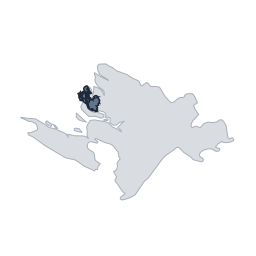 location of Patuakhali, Barisal, Bangladesh, rotated 128°
{"feature_id": "16705992B49808088196813", "entity_name": "Patuakhali", "entity_type": "district", "adm_level": 2, "iso_a3": "BGD", "parent_name": "Bangladesh", "parent_adm1": "Barisal", "projection": "orthographic", "projection_center": [90.354, 22.181], "detail": "fine", "context": "in_parent", "style": "filled", "palette": "slate", "viewbox_px": 256, "rotation_deg": 128, "n_neighbors": 0, "source": "geoboundaries", "source_scale": "gbopen_adm2", "svg_char_len": 9439}
<svg xmlns="http://www.w3.org/2000/svg" viewBox="0 0 256 256"><g transform="rotate(128 128 128)"><path d="M90.0,178.1L90.0,172.4L86.3,161.1L86.5,159.9L85.8,154.4L84.9,151.4L84.4,148.2L86.7,143.7L85.8,142.9L80.9,141.4L80.3,140.2L81.4,135.7L77.9,131.4L76.5,128.2L80.4,117.9L81.5,110.8L81.2,109.4L78.9,107.7L74.8,107.0L71.9,105.7L70.2,103.6L68.8,102.8L67.0,103.4L64.7,102.5L62.9,100.5L61.3,98.0L62.0,95.4L65.1,89.1L66.2,88.9L68.8,90.1L69.7,90.2L71.5,87.7L73.9,80.6L82.2,81.3L84.2,81.1L86.3,80.5L87.4,79.6L88.1,78.5L87.9,77.5L85.3,76.1L84.4,75.1L83.7,72.3L82.9,71.2L78.0,71.0L75.4,69.6L74.0,68.5L71.5,64.5L68.4,61.6L65.5,60.9L64.3,59.9L63.7,58.5L64.1,56.3L65.7,52.2L74.0,43.5L74.2,42.5L74.0,41.4L71.6,39.9L71.4,39.2L72.1,37.4L73.5,37.2L76.3,38.9L79.1,41.6L80.8,44.1L80.8,46.0L83.0,46.4L84.9,47.3L86.8,47.1L88.1,47.5L88.9,47.4L89.2,46.3L87.7,43.5L88.4,42.3L90.3,42.4L91.7,43.5L92.6,45.6L92.8,48.9L95.0,52.0L97.9,54.1L100.1,55.2L102.9,55.9L105.2,55.2L106.4,53.1L105.9,51.2L106.3,49.5L107.2,48.6L108.7,48.7L109.8,50.0L112.9,57.2L112.3,60.4L112.9,69.2L112.1,75.0L112.6,77.2L113.1,77.6L118.0,78.7L125.0,81.0L130.4,81.9L154.7,81.2L160.0,82.3L176.2,81.2L180.7,83.0L185.5,86.0L188.2,88.2L188.7,89.4L188.5,90.5L187.6,91.2L185.9,91.2L182.1,89.8L181.4,90.2L181.4,93.7L178.4,102.4L178.0,105.2L176.9,106.2L173.7,106.8L171.6,111.9L170.8,112.5L168.6,111.5L167.3,111.6L165.7,112.1L164.0,113.3L162.9,114.8L161.6,115.3L157.0,115.2L156.2,117.6L153.2,120.7L151.2,128.9L151.3,131.4L153.9,137.9L155.8,146.3L156.4,147.2L157.3,147.3L157.3,143.4L158.2,142.9L159.2,143.3L161.4,148.5L162.7,149.8L164.6,150.2L166.8,149.4L168.4,147.8L169.0,146.2L168.4,140.5L169.4,138.2L173.1,134.7L173.6,133.6L173.3,127.9L174.7,127.7L176.6,128.1L179.0,126.7L179.7,126.7L180.7,128.2L182.4,127.9L185.1,139.2L185.4,147.1L186.1,151.6L187.0,152.6L190.0,159.2L193.0,182.6L193.5,197.4L194.7,202.5L193.8,203.6L192.9,203.9L192.0,202.1L185.8,198.4L184.3,198.8L182.3,201.0L181.4,203.1L181.8,205.9L182.5,208.7L184.0,210.3L184.2,212.1L185.9,218.8L185.4,218.8L182.0,212.8L177.9,206.8L176.4,196.1L176.3,190.8L173.5,184.6L170.8,173.8L171.9,169.9L169.9,171.6L166.9,165.1L162.1,158.8L160.7,156.0L160.6,153.2L158.6,156.0L155.8,158.0L153.0,160.9L151.1,161.8L145.1,162.4L141.7,158.5L136.7,148.9L136.0,146.7L136.7,141.1L135.5,135.8L135.2,131.1L134.3,131.5L133.9,132.8L134.1,134.8L133.8,136.5L125.5,135.4L129.0,138.2L132.8,138.8L134.8,141.3L134.9,145.5L131.2,148.0L131.5,150.1L133.7,152.7L131.1,153.4L130.3,155.1L130.3,157.5L132.1,161.2L131.8,162.7L135.0,167.5L135.6,169.8L134.8,173.0L128.0,179.7L126.0,184.3L124.3,186.5L122.2,186.9L119.7,184.7L119.7,182.4L120.2,180.6L123.7,176.2L121.8,176.8L116.3,180.4L115.2,177.5L114.6,174.8L114.6,171.5L117.2,166.5L114.2,169.0L113.4,172.1L113.7,175.7L113.3,178.3L112.1,181.7L110.5,183.7L107.9,185.0L106.7,187.0L105.0,188.4L104.4,181.6L102.6,172.4L102.2,174.4L103.1,180.1L103.0,183.8L101.6,186.7L98.7,189.8L96.5,190.3L95.2,189.8L91.2,185.0L90.8,180.5L90.0,178.1ZM140.3,178.3L135.2,179.5L132.6,179.1L137.4,170.9L137.3,167.2L136.5,164.2L134.1,161.7L133.9,160.0L132.8,157.7L132.3,154.9L135.0,154.0L137.2,155.6L138.0,158.7L139.1,161.1L142.9,165.9L142.8,168.9L141.8,176.1L140.3,178.3ZM151.2,175.6L148.1,177.8L149.0,164.8L151.3,169.6L151.9,172.2L151.2,175.6ZM162.9,169.0L161.6,169.9L160.3,169.1L158.7,166.1L159.5,162.2L159.9,161.7L161.9,165.6L162.9,169.0ZM174.6,196.4L172.9,196.6L172.0,195.6L172.4,194.3L171.9,190.1L174.1,189.7L175.0,193.2L174.6,196.4ZM172.6,184.6L171.3,188.8L170.7,186.9L171.6,183.3L172.6,184.6ZM136.3,150.9L136.8,152.2L134.0,150.5L133.2,149.2L134.5,148.6L136.3,150.9Z" fill="#d9dde1" stroke="#a8b0b8" stroke-width="1"/><path d="M121.9,182.0L122.3,181.7L122.7,181.9L123.9,181.6L124.2,181.8L125.1,182.6L125.3,181.9L125.9,181.4L125.5,180.5L126.0,181.4L126.3,181.4L126.6,181.7L127.3,179.7L127.7,179.2L128.2,179.0L128.6,178.6L128.5,177.6L128.9,176.9L129.2,176.5L129.2,176.0L129.3,175.7L130.4,175.2L130.2,175.5L129.4,175.8L129.4,176.7L128.9,177.4L129.0,178.4L130.2,178.7L131.2,177.7L132.1,176.3L131.7,174.7L132.2,174.4L131.8,174.7L132.1,175.7L132.3,175.9L132.7,175.6L133.2,174.5L134.8,172.9L135.6,171.0L135.5,171.4L136.0,171.3L135.6,171.9L135.6,172.5L136.1,172.1L136.4,171.5L136.4,171.3L136.9,171.2L136.8,169.1L136.4,169.2L136.3,168.2L136.0,167.8L135.7,167.1L136.3,168.0L136.4,166.9L135.6,166.2L135.0,167.1L134.8,167.6L134.9,167.8L135.6,168.4L135.3,168.5L134.7,167.8L134.8,167.0L135.2,166.1L135.0,165.8L134.7,165.2L135.0,165.9L135.3,166.1L135.4,165.8L135.1,165.1L134.7,164.6L134.6,164.4L134.8,164.7L134.4,164.1L133.3,163.4L132.6,163.6L132.6,163.8L133.0,163.8L133.0,164.0L132.5,164.4L132.2,164.0L131.5,164.4L130.9,164.3L130.4,165.2L130.4,166.1L130.1,166.7L129.6,166.0L129.0,165.9L128.2,165.3L127.4,166.4L126.8,166.0L126.6,166.3L126.2,166.3L126.0,166.5L125.8,166.3L125.6,166.4L125.6,166.2L125.3,166.7L124.1,167.0L124.2,167.3L123.8,168.0L123.3,168.1L123.1,168.7L123.1,169.6L122.9,169.8L122.9,170.2L122.8,170.5L122.5,170.5L122.8,171.0L121.7,170.4L122.0,171.0L122.2,170.9L122.3,171.1L122.2,171.4L121.9,171.3L121.9,172.6L122.2,172.8L122.3,173.3L122.9,173.8L124.2,174.3L124.4,174.0L124.2,173.8L124.5,173.6L124.8,172.9L126.1,173.1L126.0,173.4L125.9,173.3L126.0,173.8L126.1,173.7L126.5,173.5L127.4,172.9L127.2,173.5L127.8,173.9L128.1,173.9L128.1,174.3L128.0,174.7L127.8,174.7L127.9,175.0L128.5,175.0L127.4,176.0L127.5,176.8L127.7,177.7L127.3,177.8L127.2,178.5L127.1,178.2L126.8,178.3L126.9,178.6L126.3,178.8L126.0,179.2L125.8,179.1L126.1,179.4L125.8,179.5L125.7,180.2L125.0,180.1L124.8,180.5L124.6,180.1L124.1,180.1L124.6,179.8L124.2,179.7L124.4,179.3L124.0,179.2L123.8,178.9L123.7,179.0L123.5,178.8L123.7,178.5L123.4,178.3L123.0,178.5L123.1,179.1L123.3,179.3L123.5,179.2L123.5,179.5L123.8,179.6L123.7,179.9L123.8,180.2L123.5,180.3L123.5,180.5L122.8,180.5L123.0,180.8L122.8,181.1L123.2,181.7L122.7,181.8L122.3,181.6L121.9,182.0ZM125.7,184.4L126.5,182.0L126.2,181.5L125.6,181.9L125.3,182.5L125.0,182.7L124.1,181.8L123.7,181.7L122.7,181.9L122.3,181.8L121.6,182.5L121.9,183.4L121.7,183.6L121.0,183.5L121.1,184.2L121.9,184.5L121.9,184.3L122.2,184.0L122.6,184.0L122.8,183.5L123.3,183.3L123.4,182.8L123.3,183.3L122.9,183.5L122.7,184.1L122.3,184.0L122.0,184.5L121.1,184.3L120.8,185.0L120.1,185.6L120.1,186.2L120.7,186.8L122.3,187.4L122.9,187.5L124.0,187.3L125.2,186.1L125.4,185.3L125.3,185.0L125.7,184.4ZM131.8,181.6L131.6,180.1L131.2,179.5L129.8,180.1L128.0,181.8L126.6,184.8L126.8,185.7L127.1,186.0L127.8,185.9L128.6,185.3L128.6,185.1L128.3,184.7L128.0,183.8L128.5,184.8L129.1,185.2L128.9,185.5L129.0,185.4L129.5,184.5L131.2,183.7L131.7,183.2L132.2,182.4L131.8,181.6ZM134.7,175.4L134.1,175.5L133.6,176.3L133.3,176.9L131.8,178.9L131.7,179.6L131.8,180.4L132.4,180.3L131.9,180.5L132.3,182.5L134.5,179.5L134.7,178.4L134.6,177.4L134.7,176.8L134.2,176.4L134.7,175.4ZM134.8,181.7L134.0,181.6L132.8,182.9L132.4,183.8L132.7,184.6L133.9,184.9L134.5,184.8L135.2,182.2L134.7,182.0L134.8,181.7ZM133.7,185.7L132.8,185.5L132.1,185.6L131.7,186.1L131.6,186.8L131.8,187.1L132.2,187.1L133.7,185.7ZM129.3,179.4L130.0,178.7L129.0,178.5L128.3,179.3L127.5,180.5L127.6,181.1L127.9,180.8L128.4,179.6L128.8,179.4L129.1,179.7L129.3,179.4ZM135.7,173.5L134.8,173.6L134.9,174.0L134.7,174.7L134.5,175.2L135.7,173.5ZM133.9,185.6L133.7,185.2L133.0,184.7L132.3,185.4L133.6,185.7L133.9,185.6ZM127.5,181.4L129.0,179.8L128.7,179.5L128.3,180.0L127.9,180.9L127.5,181.4ZM129.8,184.9L130.8,184.6L131.0,184.0L129.9,184.4L129.8,184.9ZM134.6,180.5L134.2,181.4L134.8,181.6L134.9,181.3L134.6,180.5ZM134.4,163.2L134.2,163.2L134.4,163.2L133.9,162.7L133.7,162.7L133.9,163.4L134.7,163.9L134.4,163.2ZM130.3,186.5L131.0,186.2L131.0,185.6L130.3,186.0L130.2,186.3L130.3,186.5ZM132.0,185.1L132.5,184.6L132.2,184.0L131.9,184.6L132.0,185.1ZM131.3,185.9L131.7,185.7L131.7,184.7L131.2,185.5L131.3,185.9ZM135.8,173.0L136.6,172.1L136.5,171.6L136.1,172.2L135.5,173.0L135.8,173.0ZM134.2,175.1L134.7,174.6L134.7,173.7L134.5,173.8L134.5,174.1L134.4,174.6L134.1,175.0L134.2,175.1ZM128.7,185.8L128.4,185.8L128.5,185.8L128.3,186.1L128.4,186.3L128.8,186.3L128.7,185.8ZM135.4,182.3L135.4,182.6L135.3,183.6L135.6,182.9L135.6,182.4L135.4,182.3ZM131.6,187.4L131.5,187.0L131.3,186.9L131.1,187.2L131.6,187.4ZM129.9,185.7L130.2,185.6L130.4,185.3L129.7,185.6L129.9,185.7ZM133.3,175.6L133.5,174.8L133.3,175.2L133.3,175.6ZM129.5,185.1L129.8,184.8L129.8,184.5L129.5,184.7L129.5,185.1ZM133.9,181.4L134.1,181.2L134.1,180.9L133.8,181.2L133.9,181.4ZM134.2,174.8L134.4,174.6L134.5,174.0L134.2,174.6L134.2,174.8ZM133.2,162.8L133.4,163.0L133.6,163.2L133.3,162.6L133.2,162.8ZM128.8,187.8L129.1,187.6L129.0,187.3L128.7,187.8L128.8,187.8ZM131.6,188.4L131.6,188.2L131.3,188.3L131.6,188.4ZM120.8,184.4L121.0,184.2L121.0,183.5L120.8,183.8L120.8,184.4ZM131.8,180.2L131.6,179.7L131.6,179.1L131.5,179.6L131.8,180.2ZM130.8,179.4L131.0,179.2L130.8,179.1L130.8,179.4ZM131.5,184.2L131.7,183.9L131.8,183.6L131.5,184.0L131.5,184.2ZM129.0,177.0L129.2,176.9L129.2,176.7L129.0,176.8L129.0,177.0ZM135.3,166.3L135.4,166.0L135.1,166.5L135.3,166.3ZM128.3,179.9L128.5,179.7L128.4,179.6L128.3,179.9ZM120.2,185.1L120.6,184.8L120.8,184.4L120.5,184.7L120.2,185.1ZM129.0,179.9L129.5,179.3L129.2,179.5L129.0,179.9ZM127.7,179.9L127.8,179.6L127.6,179.8L127.7,179.9ZM133.5,162.5L133.8,162.6L133.5,162.5ZM130.6,179.5L130.7,179.3L130.7,179.2L130.6,179.5ZM132.2,176.8L132.4,176.9L132.2,176.8ZM133.5,181.8L133.7,181.7L133.5,181.8ZM121.5,183.4L121.8,183.4L121.7,183.2L121.8,183.3L121.5,183.4ZM136.9,168.1L136.9,168.3L136.9,168.2L136.9,168.1Z" fill="#64748b" stroke="#1e293b" stroke-width="1.5"/></g></svg>